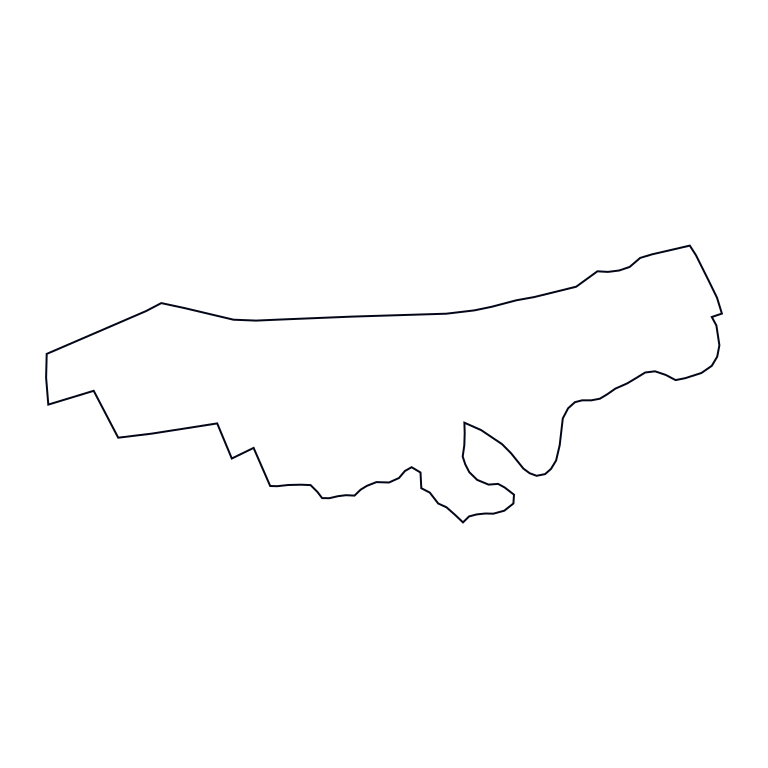 Kibra, Nairobi, Kenya (Natural Earth projection)
{"feature_id": "3690345B3888847045998", "entity_name": "Kibra", "entity_type": "district", "adm_level": 2, "iso_a3": "KEN", "parent_name": "Kenya", "parent_adm1": "Nairobi", "projection": "natural_earth1", "projection_center": [36.794, -1.304], "detail": "fine", "context": "isolated", "style": "outline", "palette": "ink", "viewbox_px": 768, "rotation_deg": 0, "n_neighbors": 0, "source": "geoboundaries", "source_scale": "gbopen_adm2", "svg_char_len": 1418}
<svg xmlns="http://www.w3.org/2000/svg" viewBox="0 0 768 768"><path d="M46.7,353.9L46.1,377.6L48.3,404.6L93.7,390.8L118.2,437.7L152.0,433.6L217.2,423.4L231.8,458.5L253.6,447.9L270.2,486.0L277.2,486.2L288.2,485.0L301.1,484.7L310.6,485.1L317.5,492.0L322.1,498.1L329.3,498.2L337.9,496.2L345.9,495.2L354.5,495.6L360.6,489.7L366.8,485.9L376.4,482.1L389.0,482.5L399.0,478.0L404.9,471.0L411.6,467.2L420.5,472.5L421.3,488.2L429.8,492.6L438.2,503.5L446.5,507.3L455.1,514.9L463.0,522.4L469.1,516.4L476.8,514.4L485.4,513.5L493.3,513.7L504.3,510.7L513.4,503.5L514.0,494.7L504.7,487.5L498.1,483.9L488.6,484.6L477.2,479.9L469.3,472.2L465.2,464.2L462.7,456.5L464.3,445.4L464.7,433.3L464.4,422.7L481.3,430.2L502.1,444.2L511.1,453.3L523.4,468.6L529.6,473.2L536.6,475.8L545.1,474.1L551.0,468.9L556.1,460.5L559.7,445.2L562.8,418.4L568.1,408.3L574.9,402.2L582.2,400.3L591.5,400.3L599.9,398.7L607.5,394.1L615.4,388.6L627.2,383.4L635.4,378.5L645.2,372.5L655.0,371.3L665.7,374.9L675.6,380.1L685.1,378.2L701.4,373.0L711.8,365.8L717.2,356.7L719.4,345.3L716.4,325.5L711.8,317.0L721.9,313.6L717.0,297.7L708.4,280.1L703.4,270.1L696.0,255.3L689.8,245.6L652.2,254.3L640.2,257.9L629.7,266.9L619.2,270.5L607.9,271.9L597.4,271.3L576.2,286.7L534.0,297.1L516.3,300.3L491.6,306.8L474.2,310.4L446.3,313.7L352.2,316.6L278.8,319.6L256.1,320.6L233.5,319.7L184.2,308.0L161.3,303.1L146.0,311.1L46.7,353.9Z" fill="none" stroke="#020617" stroke-width="2"/></svg>